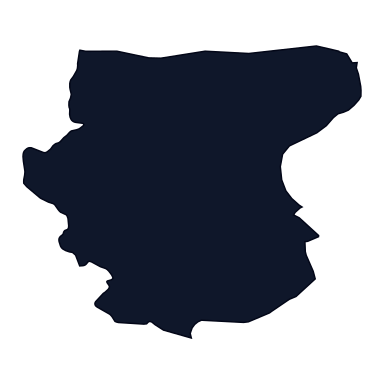 SVG path tracing the border of Foggia
{"feature_id": "ITA-5404", "entity_name": "Foggia", "entity_type": "Province", "adm_level": 1, "iso_a3": "ITA", "parent_name": "Italy", "parent_adm1": "", "projection": "robinson", "projection_center": [15.34, 41.5], "detail": "fine", "context": "isolated", "style": "filled", "palette": "ink", "viewbox_px": 384, "rotation_deg": 0, "n_neighbors": 0, "source": "natural_earth", "source_scale": "10m", "svg_char_len": 2499}
<svg xmlns="http://www.w3.org/2000/svg" viewBox="0 0 384 384"><path d="M79.9,50.2L85.7,51.3L116.9,51.2L148.7,57.9L160.9,58.2L205.1,51.2L248.8,53.5L316.4,46.0L338.8,51.2L339.1,51.8L346.7,53.9L352.2,62.9L357.1,62.6L356.3,67.9L358.4,74.1L360.7,86.3L361.0,90.5L360.9,96.3L358.7,100.0L354.0,105.3L348.4,110.1L343.5,112.2L338.0,113.8L333.4,117.6L326.3,125.7L316.8,132.8L289.4,145.9L282.6,154.2L280.3,166.6L281.7,179.9L285.9,190.9L291.8,198.6L299.2,205.2L302.0,207.0L300.0,208.0L295.1,212.4L293.6,215.0L299.2,217.8L318.6,235.5L318.5,236.7L307.7,241.3L304.9,241.7L305.3,251.7L306.2,255.3L313.2,271.3L315.2,278.9L296.0,296.5L289.3,299.3L271.8,311.2L269.5,312.9L248.4,321.8L243.6,322.4L201.4,320.2L197.9,321.8L194.7,324.4L192.1,327.9L190.2,333.4L191.3,338.0L163.5,330.1L155.1,324.7L151.8,322.0L150.2,321.5L149.0,321.6L148.1,322.2L146.6,323.8L143.9,324.1L118.4,322.5L116.4,322.0L115.0,321.4L112.0,316.6L110.5,314.9L109.7,314.2L97.2,307.1L95.6,305.8L95.1,304.8L94.9,303.8L95.1,302.7L95.6,301.7L103.3,293.4L105.1,292.2L107.6,289.9L108.4,289.1L109.0,288.1L109.4,287.0L109.2,285.7L107.2,282.8L106.8,281.8L107.3,281.0L110.8,280.0L111.8,279.5L112.6,278.8L113.0,278.0L112.6,276.8L111.6,274.8L108.8,271.1L107.2,269.5L105.6,268.5L100.4,266.7L91.4,261.8L89.1,261.2L88.2,261.7L86.0,264.3L85.1,265.0L83.9,265.5L82.8,265.7L79.7,265.9L75.6,255.1L72.5,252.4L69.5,251.9L65.7,250.6L62.7,248.9L61.4,247.6L60.5,246.0L59.1,241.6L58.9,239.9L59.1,238.4L59.7,237.3L60.4,236.4L61.3,235.7L62.2,235.0L62.9,234.3L63.4,233.3L63.6,232.2L64.2,231.2L64.9,230.5L67.2,229.6L68.0,228.9L68.5,227.8L68.7,225.9L68.0,218.5L67.2,216.2L66.3,214.8L60.6,212.2L59.4,211.1L58.1,209.5L54.8,204.8L53.4,203.7L48.4,202.1L41.3,198.6L40.0,197.8L26.8,186.7L23.8,183.3L23.7,182.2L23.7,180.9L23.8,179.5L24.6,175.3L24.9,172.5L24.9,171.1L23.4,161.2L23.0,156.6L23.2,154.0L23.6,152.4L24.2,151.2L25.0,150.3L26.7,148.8L27.7,148.2L28.8,147.8L30.0,147.7L31.4,147.8L43.4,152.5L44.6,152.7L46.0,152.5L47.4,151.7L50.6,149.1L52.9,145.9L54.5,144.5L55.9,143.6L58.3,142.9L59.3,142.4L60.4,141.5L63.8,137.7L66.9,135.3L69.4,132.5L70.5,131.5L71.5,130.9L76.5,129.8L78.8,129.0L80.1,128.2L83.4,125.6L83.9,124.3L83.4,123.6L82.1,123.2L75.9,122.4L74.6,122.1L73.4,121.6L72.4,120.9L71.6,120.1L71.0,119.2L70.1,117.1L69.6,114.2L69.8,109.9L69.6,108.5L69.1,107.2L68.9,105.2L69.0,101.7L70.5,98.2L71.0,95.9L71.3,94.3L70.1,89.2L69.8,87.2L69.8,83.5L70.2,81.5L70.8,79.9L73.4,76.4L76.8,70.4L77.4,68.4L77.7,65.6L77.6,63.7L79.5,51.2L79.9,50.2Z" fill="#0f172a" stroke="#020617" stroke-width="1.5"/></svg>